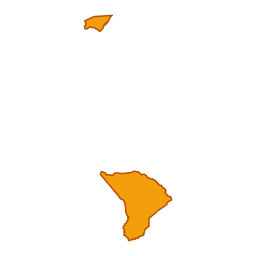 the district of La Esperanza, Intibucá, Honduras
{"feature_id": "27666195B40908355189071", "entity_name": "La Esperanza", "entity_type": "district", "adm_level": 2, "iso_a3": "HND", "parent_name": "Honduras", "parent_adm1": "Intibucá", "projection": "albers", "projection_center": [-88.153, 14.407], "detail": "fine", "context": "isolated", "style": "filled", "palette": "amber", "viewbox_px": 256, "rotation_deg": 0, "n_neighbors": 0, "source": "geoboundaries", "source_scale": "gbopen_adm2", "svg_char_len": 5565}
<svg xmlns="http://www.w3.org/2000/svg" viewBox="0 0 256 256"><path d="M171.6,199.9L171.6,199.1L171.3,198.6L171.2,198.1L171.1,197.8L170.7,197.4L170.6,196.8L170.2,196.9L169.9,196.8L169.4,196.4L168.5,196.2L168.0,196.0L167.9,196.0L167.7,195.3L167.5,195.1L166.6,194.6L166.5,194.3L166.3,193.9L166.0,193.5L165.8,193.3L165.3,193.0L165.3,192.8L165.4,192.0L165.9,190.5L165.9,190.3L165.8,190.1L165.0,189.0L164.1,188.4L163.7,187.9L163.0,187.8L162.7,187.6L161.9,186.6L161.6,185.7L161.4,185.4L161.1,185.3L160.7,185.5L159.8,185.2L159.5,185.1L159.0,185.0L158.4,183.9L157.8,183.4L157.4,183.0L157.3,182.8L156.7,182.5L156.6,182.4L156.5,182.2L156.5,181.9L156.5,181.7L156.2,181.5L155.8,181.0L154.3,180.2L154.2,180.1L153.9,179.6L153.4,179.6L153.0,179.5L152.9,179.4L152.6,178.9L152.4,178.9L151.9,179.1L151.3,179.1L150.6,178.8L150.3,178.4L150.0,178.4L149.4,178.5L149.2,178.5L148.8,178.1L148.2,177.9L147.7,177.5L147.3,177.1L146.9,176.5L146.3,175.7L145.7,175.1L145.2,175.0L144.3,174.3L144.2,174.3L143.7,174.5L143.0,174.3L142.6,174.3L142.2,174.4L141.5,174.8L141.2,174.8L140.9,174.6L140.8,174.4L140.8,174.2L140.3,173.6L140.1,173.4L139.6,172.9L139.3,172.8L139.0,172.2L138.6,172.0L138.3,171.9L138.1,171.9L137.4,172.1L136.9,171.8L135.9,171.6L134.6,171.2L134.2,171.3L133.5,171.5L132.0,172.2L131.6,172.3L130.9,172.7L130.6,172.8L129.8,172.8L129.2,172.8L128.8,172.8L128.5,172.8L126.9,173.0L125.8,173.3L124.6,173.4L122.1,173.5L121.2,173.5L119.6,173.3L117.9,173.0L116.2,172.9L115.7,173.1L115.0,173.1L114.7,173.4L114.3,173.5L113.9,174.0L113.4,174.3L113.1,174.9L112.8,175.1L112.5,175.2L112.2,175.2L111.1,175.1L110.8,175.0L110.5,175.0L110.3,175.0L110.1,175.2L109.8,175.3L109.4,175.2L108.4,174.7L107.4,174.6L107.1,174.6L106.6,175.0L105.9,174.5L105.8,174.3L105.7,174.2L105.7,173.5L105.6,173.1L105.4,173.0L104.9,172.8L103.4,172.3L102.2,171.8L101.7,171.7L101.3,171.7L100.4,174.4L114.4,191.0L114.7,191.5L114.8,191.6L115.0,191.6L115.3,191.9L115.4,192.3L115.6,192.5L116.2,193.0L116.3,193.2L116.6,193.9L116.8,193.9L117.3,194.1L117.5,194.6L117.7,195.0L118.0,195.1L118.3,195.1L118.4,195.8L118.7,196.2L119.0,196.7L119.2,197.2L119.3,197.5L119.5,197.8L119.9,197.8L120.1,197.9L120.3,198.2L120.8,198.6L120.9,198.9L121.0,199.1L121.5,199.2L121.8,199.5L122.7,199.6L123.8,200.6L124.3,201.2L124.3,201.9L124.3,202.2L125.1,203.1L125.2,203.4L125.3,203.7L125.0,204.6L124.9,205.1L125.0,205.4L125.3,206.1L125.4,206.4L125.7,208.2L125.6,209.9L125.7,210.4L125.8,210.8L125.9,211.3L125.6,211.9L125.6,212.2L125.7,212.4L126.3,213.0L126.5,213.3L126.6,213.7L126.5,214.6L126.6,214.8L126.8,215.1L127.0,215.3L127.2,215.8L127.3,215.9L128.4,216.3L128.6,216.6L128.7,216.9L128.6,217.0L128.3,217.2L128.0,217.3L127.8,217.7L127.7,217.9L127.8,218.1L128.4,218.7L128.5,218.9L128.4,219.0L128.2,219.2L128.0,219.3L127.9,219.7L127.8,220.1L127.7,220.4L127.5,220.5L127.1,220.7L126.9,221.0L127.0,221.4L127.1,221.7L127.1,222.0L126.8,222.5L126.5,222.8L126.1,223.1L125.4,223.5L124.8,224.0L124.9,224.8L124.8,225.1L124.7,225.3L124.0,225.7L123.6,226.0L123.5,226.5L123.1,227.6L123.0,227.9L123.1,228.1L123.2,228.3L123.9,229.0L124.2,229.7L124.3,230.2L124.5,230.3L124.4,230.4L124.5,230.6L124.4,230.9L124.2,231.1L123.9,231.3L123.8,231.5L123.8,231.8L124.1,232.2L124.4,233.5L124.3,233.8L123.9,234.8L123.9,235.0L124.0,235.3L124.9,235.3L125.1,235.3L125.3,235.4L125.3,235.5L125.7,236.1L125.8,236.3L126.0,236.4L126.6,236.5L126.8,236.8L126.8,237.1L127.1,237.5L127.5,237.9L128.6,238.7L128.6,238.8L128.5,239.1L128.4,239.7L128.6,240.6L128.9,240.6L129.3,240.6L129.9,240.5L130.2,240.3L130.7,240.0L131.4,239.4L131.6,239.2L131.9,239.3L132.2,239.6L132.3,239.7L132.6,239.8L132.8,239.8L133.0,239.8L133.2,239.6L133.3,239.4L133.6,239.0L133.7,238.8L133.9,238.7L134.1,238.8L135.0,239.1L135.3,239.1L135.5,239.1L135.8,238.8L136.0,237.9L136.6,237.8L137.8,238.1L138.5,238.1L138.7,237.9L138.8,237.7L138.7,237.3L138.4,237.1L139.2,236.5L140.4,236.3L141.4,236.0L142.4,235.6L143.1,235.4L143.8,234.8L143.9,234.7L143.8,234.3L143.7,233.8L143.5,233.7L143.7,233.3L144.3,232.6L144.5,232.3L144.5,231.9L144.4,231.1L144.5,230.9L144.7,230.5L144.7,230.1L145.0,229.7L145.5,229.3L145.6,229.0L145.7,228.7L145.9,228.4L146.0,228.3L146.3,228.3L146.5,228.2L147.0,227.6L147.7,227.2L148.8,226.5L149.0,226.3L149.1,226.1L148.9,225.8L148.8,225.7L149.1,225.2L149.0,224.8L149.0,224.2L149.0,222.8L149.1,222.2L149.0,221.0L149.0,220.7L148.9,220.1L149.1,219.4L149.1,218.2L149.6,217.5L149.9,217.2L150.7,217.0L151.0,216.9L151.1,216.7L151.5,216.2L155.9,212.7L157.2,211.2L165.6,205.3L166.5,205.0L166.6,204.8L167.0,203.2L167.5,202.5L167.9,202.1L168.2,201.8L169.0,201.3L170.5,200.6L171.6,199.9ZM112.1,15.4L94.1,16.6L86.5,20.0L84.7,21.0L85.6,22.4L85.7,22.8L85.6,23.3L85.6,24.0L85.7,24.3L85.8,24.5L85.9,24.8L85.8,25.0L85.6,25.3L84.8,26.0L84.4,26.7L84.4,26.9L84.7,27.6L84.9,28.3L85.1,28.7L85.3,28.9L86.1,29.1L86.3,28.9L86.5,28.7L87.0,28.7L87.5,28.6L88.4,27.8L89.7,27.0L90.2,26.8L90.5,26.9L91.3,27.3L92.1,27.5L92.6,27.6L93.6,27.6L94.1,27.6L94.4,27.6L94.7,27.9L95.4,28.4L95.9,28.8L96.1,29.1L96.9,29.2L98.0,29.9L98.8,30.7L99.6,31.2L99.9,31.3L100.1,31.3L100.3,31.2L100.9,30.5L101.5,29.6L102.1,29.1L102.5,28.6L102.8,28.3L103.0,27.8L103.3,27.1L103.7,26.6L103.9,26.2L103.9,25.0L104.1,25.0L104.8,25.1L105.0,25.0L105.0,24.7L105.0,24.0L105.0,23.8L105.1,23.7L105.4,23.7L106.2,24.0L106.4,24.0L106.5,23.9L106.4,23.7L105.9,23.0L105.8,22.9L106.0,22.7L106.9,22.8L107.2,22.7L107.4,22.6L107.9,22.0L108.1,21.8L108.1,21.7L108.0,20.9L108.2,20.7L108.8,20.4L109.0,20.2L109.1,19.7L109.1,19.4L109.5,18.4L110.4,17.2L110.6,16.9L110.6,16.6L110.8,16.3L111.2,15.9L111.5,15.9L111.9,15.7L112.1,15.5L112.1,15.4Z" fill="#f59e0b" stroke="#b45309" stroke-width="1.5"/></svg>